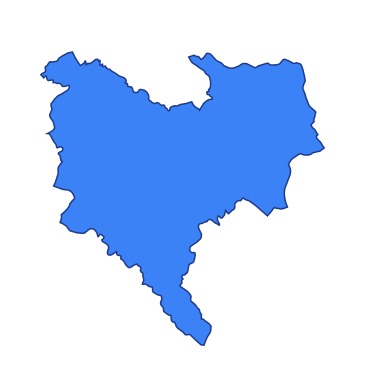 outline of Yen Bai, Yên Bái, Vietnam, rotated 173°
{"feature_id": "81297802B89523168412992", "entity_name": "Yen Bai", "entity_type": "district", "adm_level": 2, "iso_a3": "VNM", "parent_name": "Vietnam", "parent_adm1": "Yên Bái", "projection": "mercator", "projection_center": [104.898, 21.722], "detail": "fine", "context": "isolated", "style": "filled", "palette": "blue", "viewbox_px": 384, "rotation_deg": 173, "n_neighbors": 0, "source": "geoboundaries", "source_scale": "gbopen_adm2", "svg_char_len": 6060}
<svg xmlns="http://www.w3.org/2000/svg" viewBox="0 0 384 384"><g transform="rotate(173 192 192)"><path d="M327.7,326.8L326.8,325.7L325.3,323.3L323.6,325.0L322.7,324.9L322.4,324.2L322.0,321.2L321.3,320.3L320.8,320.1L316.7,320.2L316.0,319.4L316.6,317.5L314.7,317.3L312.5,316.0L311.3,316.3L309.4,315.4L308.9,315.0L308.0,312.9L307.3,312.5L305.6,312.3L301.3,312.9L300.8,312.2L300.8,311.3L301.8,309.5L302.9,308.3L309.3,305.3L313.5,303.7L317.5,300.6L318.8,298.9L321.0,296.9L321.4,295.2L320.9,291.1L323.9,285.8L323.9,284.6L323.2,282.3L321.7,279.8L320.9,277.2L320.5,272.2L321.8,270.7L324.5,269.0L328.4,267.6L327.0,267.3L325.9,266.1L322.8,258.3L321.5,256.4L320.9,254.4L320.9,252.8L320.4,252.3L318.0,252.8L316.3,252.7L315.2,251.7L314.9,250.7L315.0,249.8L315.7,248.8L319.6,247.2L319.9,246.6L319.9,245.9L318.5,244.1L318.3,239.2L317.0,238.1L321.3,233.4L322.0,232.0L322.6,226.5L326.7,217.7L328.6,214.8L320.2,210.5L318.4,209.9L315.3,209.3L313.6,208.5L312.0,207.2L310.9,205.8L309.5,202.3L309.3,200.3L309.6,199.6L312.8,197.1L313.0,196.5L314.6,195.4L314.7,194.5L316.2,192.1L319.0,189.3L324.5,185.4L324.6,182.8L325.0,181.2L326.7,177.8L323.9,176.1L321.5,174.1L320.4,172.8L318.8,169.5L317.5,168.2L310.7,165.4L304.6,164.2L303.5,164.4L299.2,167.2L296.9,168.0L294.2,167.2L292.5,165.3L291.4,163.1L290.8,159.2L290.3,159.1L289.2,160.7L288.4,161.2L287.0,160.7L285.2,158.6L284.9,157.6L285.2,156.9L287.4,155.4L286.9,153.8L283.9,151.5L281.9,149.4L281.5,147.9L281.8,145.9L283.1,143.3L283.4,141.7L283.2,140.5L282.3,139.6L280.5,139.3L278.8,139.7L274.2,142.0L274.1,139.0L273.6,138.5L270.9,137.5L270.4,136.9L270.8,134.3L268.5,132.3L266.3,127.4L264.5,125.1L263.8,124.6L262.3,124.6L258.2,126.6L255.7,127.3L254.3,125.3L252.5,124.1L252.0,123.5L252.0,122.9L252.7,120.9L252.7,119.7L252.2,118.8L250.5,117.0L251.0,115.1L250.6,110.9L250.8,109.8L252.3,107.3L252.4,106.4L249.8,106.4L248.4,105.7L246.6,103.7L242.9,102.3L243.1,98.4L242.9,97.5L239.3,94.6L237.3,93.6L236.3,93.4L235.1,92.5L234.9,89.6L236.7,86.0L236.7,84.4L236.5,83.6L234.6,80.5L234.7,77.1L233.7,75.9L230.1,72.7L228.0,72.1L227.8,71.1L228.1,70.0L228.1,67.2L227.8,66.4L226.7,65.3L224.9,64.4L224.0,60.7L222.9,58.7L217.8,53.8L216.2,51.3L214.8,50.9L211.5,50.9L204.5,42.3L201.6,39.2L198.7,38.5L197.4,41.3L194.5,46.2L191.1,50.5L190.5,51.7L189.5,56.1L189.7,57.0L191.2,59.3L194.9,62.7L196.1,64.2L198.1,64.9L197.6,69.3L198.8,71.7L199.0,74.3L200.8,76.5L202.6,79.9L206.4,84.0L206.6,85.3L205.7,88.0L205.9,89.7L207.9,93.0L209.3,94.5L214.6,99.2L215.5,100.8L213.3,102.6L213.0,103.3L213.2,105.2L212.6,106.0L211.5,106.8L212.5,108.5L212.1,109.8L211.2,110.6L209.0,110.7L208.6,111.0L208.4,111.8L207.1,112.0L206.0,113.6L204.0,119.9L203.0,120.7L199.5,121.9L198.9,122.5L197.9,124.6L196.4,129.3L196.5,131.2L197.8,131.7L199.4,131.8L200.3,132.4L201.5,134.6L201.3,135.6L200.6,137.3L199.4,138.6L193.0,141.8L189.2,144.6L188.4,145.9L187.7,148.9L189.8,155.2L189.8,157.7L189.2,158.6L188.2,159.5L185.6,159.6L183.0,160.7L180.9,160.7L179.1,162.5L178.0,162.7L177.2,162.5L175.5,161.3L172.4,158.1L171.0,157.4L169.3,155.8L169.0,155.8L168.7,156.2L168.7,157.0L170.2,161.3L169.4,164.8L169.1,165.1L168.0,164.6L166.9,163.0L166.3,162.6L165.7,162.5L164.8,163.0L162.6,165.2L160.9,169.6L160.5,169.2L159.7,167.3L158.5,166.0L157.9,166.3L154.1,169.2L153.1,169.3L152.2,170.1L151.4,171.3L151.1,174.7L150.5,175.7L147.5,177.8L144.7,177.5L143.5,178.8L141.7,179.8L140.4,178.4L138.7,177.3L136.9,176.7L133.4,173.6L129.1,169.3L120.0,159.1L115.4,163.3L112.6,166.4L105.7,164.3L102.9,164.5L99.1,165.4L100.3,170.4L100.7,175.2L100.6,179.1L100.1,182.1L99.3,184.5L92.4,197.5L91.6,200.6L91.7,203.7L92.3,205.9L93.0,206.9L91.8,209.3L90.0,211.4L88.3,212.9L81.4,216.4L79.8,216.8L76.2,215.2L73.4,214.6L71.2,214.6L69.5,214.9L67.8,215.9L65.9,216.4L59.8,217.0L55.4,219.7L57.0,222.5L58.1,225.3L61.7,230.1L61.8,232.4L60.1,233.5L62.6,239.1L64.6,241.2L65.5,243.3L65.5,244.4L62.4,246.8L62.0,249.9L60.8,252.0L60.2,254.9L59.5,255.5L59.4,256.0L59.7,256.9L64.5,262.3L65.4,263.9L67.2,270.9L68.0,276.0L69.3,280.4L69.3,282.1L67.3,286.6L66.1,288.2L66.2,292.1L67.0,299.9L67.9,304.3L69.1,306.0L72.4,307.5L74.7,307.2L75.9,307.4L80.0,310.4L83.8,312.4L84.7,312.4L85.9,311.9L89.2,308.6L92.0,307.9L98.0,308.3L99.1,308.8L100.9,310.6L102.1,310.6L110.7,309.1L113.0,307.9L114.5,307.7L122.1,312.7L125.1,313.3L126.5,313.1L130.2,311.3L133.4,310.5L135.3,310.0L138.1,310.1L140.3,310.7L145.1,313.6L147.0,316.4L150.8,318.8L152.0,319.9L156.7,326.5L158.3,327.4L159.5,327.8L160.7,327.7L163.0,325.0L164.9,323.4L166.7,322.4L167.3,322.8L168.3,324.8L169.3,325.7L171.4,326.1L173.3,327.5L178.8,326.4L177.4,322.7L175.8,320.1L171.5,316.4L168.6,313.6L165.2,311.0L164.1,308.1L163.1,306.9L161.3,305.5L160.8,304.6L160.1,299.8L160.6,295.1L161.6,292.8L163.0,291.6L162.8,290.0L164.7,289.7L165.1,289.3L165.2,288.5L165.2,287.8L164.6,286.9L163.5,286.5L162.8,286.0L162.3,284.8L160.5,283.6L160.4,281.8L160.6,281.5L161.4,281.9L164.8,281.4L166.8,280.4L169.3,278.8L174.6,272.3L175.0,273.4L178.0,275.7L180.1,278.2L181.3,281.6L186.6,280.6L193.4,280.2L196.3,279.1L198.8,279.7L200.8,279.4L203.2,278.5L204.4,275.7L205.1,275.4L205.8,275.8L207.0,278.2L208.4,279.2L208.7,281.2L209.5,281.8L211.8,281.7L214.6,284.5L215.5,284.9L218.2,284.5L219.4,284.8L220.7,285.7L221.4,286.7L223.2,288.2L223.6,289.3L223.3,292.7L223.6,294.3L224.3,295.8L225.7,297.8L227.3,299.0L230.4,300.1L231.8,299.9L233.7,297.6L236.0,297.6L237.5,298.3L238.1,299.0L238.5,302.1L239.0,303.2L239.7,303.8L242.8,304.5L242.9,307.5L244.0,307.6L245.0,308.4L245.0,308.9L243.9,309.5L243.8,310.4L244.0,311.7L245.3,313.6L250.2,316.1L253.8,319.4L257.2,321.9L258.7,323.9L260.3,324.2L261.5,325.2L262.7,327.6L264.7,327.2L265.3,327.5L265.2,329.7L266.0,329.7L267.0,328.6L267.7,328.9L267.9,330.1L267.2,333.4L267.5,333.8L268.0,333.2L268.6,333.2L269.4,335.3L271.6,335.3L274.6,333.3L276.8,332.2L278.6,331.9L279.5,332.5L281.6,331.2L281.8,331.5L281.6,334.7L282.0,335.0L283.9,332.6L285.3,332.2L287.5,331.0L291.5,339.3L293.6,345.5L298.0,345.2L303.9,342.9L307.7,341.0L310.2,338.2L314.7,338.1L317.1,338.6L318.5,337.5L320.4,335.1L322.5,334.0L322.6,329.6L324.3,328.4L326.4,327.9L327.7,326.8Z" fill="#3b82f6" stroke="#1e3a8a" stroke-width="1.5"/></g></svg>